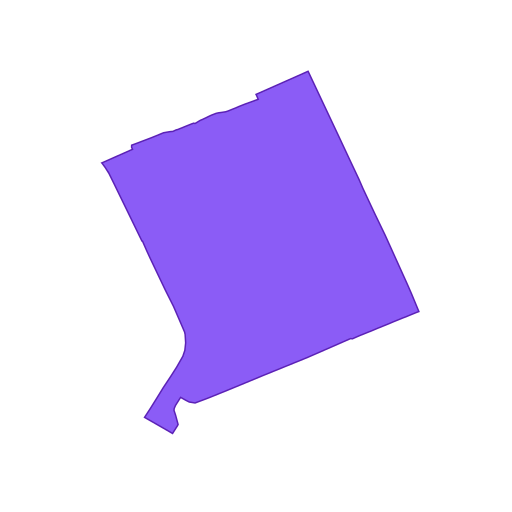 6 October-1, Al Jizah, Egypt, rotated 103°
{"feature_id": "37247803B48784531357995", "entity_name": "6 October-1", "entity_type": "district", "adm_level": 2, "iso_a3": "EGY", "parent_name": "Egypt", "parent_adm1": "Al Jizah", "projection": "natural_earth1", "projection_center": [30.968, 29.986], "detail": "fine", "context": "isolated", "style": "filled", "palette": "violet", "viewbox_px": 512, "rotation_deg": 103, "n_neighbors": 0, "source": "geoboundaries", "source_scale": "gbopen_adm2", "svg_char_len": 1756}
<svg xmlns="http://www.w3.org/2000/svg" viewBox="0 0 512 512"><g transform="rotate(103 256 256)"><path d="M315.2,145.3L315.0,143.4L313.3,141.2L311.8,139.2L309.1,135.5L309.0,135.2L308.8,135.0L305.3,130.0L304.1,128.3L304.0,128.1L303.9,127.9L301.5,124.6L299.9,122.4L298.6,120.6L297.4,118.8L296.1,117.0L292.1,111.3L289.1,107.2L284.2,100.2L283.9,99.8L283.6,99.4L282.4,97.6L281.7,96.5L278.4,91.9L275.0,87.1L273.5,84.8L257.8,96.0L249.2,102.4L206.6,134.9L188.8,149.2L177.5,158.1L165.9,167.2L158.3,172.8L138.0,188.8L121.9,201.4L64.3,246.8L98.5,292.3L98.6,292.2L102.8,289.1L110.6,301.1L112.4,303.7L114.2,306.3L116.3,309.1L118.3,312.0L120.0,314.4L120.9,315.7L122.3,318.0L123.7,321.5L124.9,324.7L126.0,327.0L127.1,328.6L128.5,330.7L129.7,332.3L131.3,334.3L132.4,335.6L133.8,337.4L135.0,338.9L136.2,340.6L137.6,342.1L139.2,343.7L140.6,345.2L140.6,346.6L141.6,348.2L144.1,351.8L146.2,354.8L147.8,357.0L149.0,358.8L150.3,360.6L150.5,361.0L151.1,362.2L153.3,365.0L154.1,367.6L156.7,373.8L164.0,384.1L168.1,390.2L170.1,393.2L172.4,396.6L176.0,402.1L178.0,401.7L179.8,400.3L200.0,427.2L200.2,426.9L200.5,426.5L203.9,422.6L207.8,418.7L207.7,418.6L218.1,410.1L226.9,403.0L241.1,391.5L267.1,370.5L267.1,370.2L267.1,369.9L275.7,363.5L281.9,358.7L299.9,344.4L309.7,336.6L323.7,325.0L343.1,310.7L344.9,309.4L346.1,308.5L348.4,307.4L356.5,305.0L363.9,304.1L368.9,304.6L370.1,304.7L382.1,308.3L392.5,312.0L405.0,316.7L416.3,320.5L428.2,324.6L438.3,328.3L440.1,322.3L444.3,308.4L447.7,297.4L439.2,294.4L437.7,294.0L429.1,298.6L424.8,301.2L422.9,301.4L419.6,300.8L411.9,298.1L410.7,297.6L412.4,291.8L413.3,288.2L412.9,282.3L406.8,273.1L406.7,273.0L406.6,272.8L404.3,269.4L390.3,249.5L371.1,222.6L343.1,182.8L315.2,145.3Z" fill="#8b5cf6" stroke="#5b21b6" stroke-width="1.5"/></g></svg>